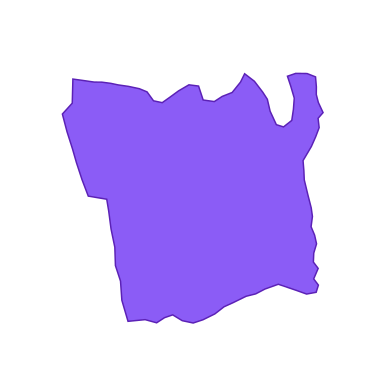 Flamoudi, Cyprus, rotated 102°
{"feature_id": "46923920B70745451588805", "entity_name": "Flamoudi", "entity_type": "district", "adm_level": 2, "iso_a3": "CYP", "parent_name": "Cyprus", "parent_adm1": "", "projection": "albers", "projection_center": [33.856, 35.393], "detail": "fine", "context": "isolated", "style": "filled", "palette": "violet", "viewbox_px": 384, "rotation_deg": 102, "n_neighbors": 0, "source": "geoboundaries", "source_scale": "gbopen_adm2", "svg_char_len": 1199}
<svg xmlns="http://www.w3.org/2000/svg" viewBox="0 0 384 384"><g transform="rotate(102 192 192)"><path d="M106.3,332.0L130.0,327.6L142.7,335.0L159.0,326.8L174.6,317.9L187.2,311.2L202.7,302.2L217.6,292.6L216.8,273.9L228.0,269.5L245.0,263.5L262.1,256.0L279.9,251.6L294.0,243.4L312.5,238.1L331.8,227.7L326.6,211.3L327.3,199.4L320.6,192.7L316.2,185.3L319.9,174.8L319.9,163.6L314.7,154.7L306.5,144.3L297.6,136.8L291.0,127.9L282.8,117.5L278.4,108.5L271.7,100.4L264.3,88.4L266.5,69.8L268.0,58.7L264.3,49.7L256.8,49.0L251.7,54.9L240.5,52.7L235.3,58.7L226.4,60.2L216.8,59.4L208.7,63.1L201.2,68.3L190.9,69.1L182.7,72.1L170.8,78.0L156.8,84.7L147.9,87.0L138.2,89.9L122.7,84.7L112.3,82.5L102.6,81.0L93.7,84.0L87.1,80.3L78.2,87.0L70.8,90.7L63.3,92.2L53.7,95.1L52.2,104.1L54.4,115.2L58.9,122.7L67.8,117.5L78.9,111.5L90.0,110.0L101.2,109.3L109.3,116.0L108.6,123.5L96.7,132.4L85.6,137.6L79.6,143.6L70.7,154.0L65.4,165.1L74.4,167.4L86.3,173.4L92.2,182.3L98.9,189.0L99.7,200.2L87.0,207.6L87.8,217.3L95.9,226.2L103.4,232.9L110.8,239.7L110.8,248.6L103.4,256.8L101.9,265.0L101.9,276.2L102.6,286.6L102.6,294.0L103.3,303.0L104.8,310.4L105.6,322.4L106.3,332.0Z" fill="#8b5cf6" stroke="#5b21b6" stroke-width="1.5"/></g></svg>